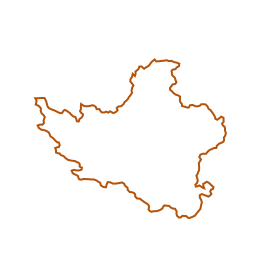 Guaçuí, Espírito Santo, Brazil, rotated 104°
{"feature_id": "56859067B34703696458597", "entity_name": "Guaçuí", "entity_type": "district", "adm_level": 2, "iso_a3": "BRA", "parent_name": "Brazil", "parent_adm1": "Espírito Santo", "projection": "mercator", "projection_center": [-41.708, -20.791], "detail": "fine", "context": "isolated", "style": "outline", "palette": "amber", "viewbox_px": 256, "rotation_deg": 104, "n_neighbors": 0, "source": "geoboundaries", "source_scale": "gbopen_adm2", "svg_char_len": 3854}
<svg xmlns="http://www.w3.org/2000/svg" viewBox="0 0 256 256"><g transform="rotate(104 128 128)"><path d="M200.4,46.4L198.4,43.7L196.7,41.7L194.7,41.0L192.1,39.7L189.0,38.2L186.5,38.3L184.5,38.4L182.4,38.3L180.1,39.6L178.1,41.5L175.8,42.1L174.2,40.3L174.7,37.4L174.7,35.6L175.2,33.5L173.5,32.0L171.9,31.1L169.7,32.9L167.7,32.5L166.6,30.8L164.6,30.8L163.4,33.2L161.7,36.0L161.1,38.6L162.8,40.1L164.0,41.5L165.9,40.9L168.1,39.4L167.9,41.3L167.1,43.1L166.5,45.0L167.7,46.3L168.4,48.1L166.7,48.9L164.8,47.8L162.4,47.5L159.4,49.0L157.7,50.1L155.3,49.3L153.5,49.2L151.7,48.8L149.2,49.4L146.7,50.1L145.2,50.8L143.2,50.3L141.0,49.5L138.9,51.8L136.3,51.3L134.6,48.5L134.2,46.1L131.1,44.6L129.3,43.2L128.2,41.5L126.7,39.9L126.0,37.5L123.7,37.5L121.3,35.9L119.5,33.5L118.1,32.0L116.1,31.9L114.3,32.7L111.9,31.8L109.3,31.8L107.1,33.2L104.9,33.8L103.3,34.7L102.7,36.4L101.1,37.8L98.7,36.7L96.8,37.3L95.0,37.8L94.4,40.3L96.3,41.6L98.4,43.4L98.0,45.3L95.5,46.8L92.9,49.6L90.7,52.2L89.9,54.5L87.8,56.1L86.4,58.3L86.7,60.9L87.3,62.7L89.0,63.7L90.1,65.6L90.6,67.7L90.0,70.9L90.9,73.3L93.5,74.0L93.8,75.9L93.6,78.4L93.6,80.9L91.7,81.5L90.7,83.0L89.2,84.2L86.7,84.7L84.9,85.2L84.2,87.3L84.1,89.7L83.0,92.5L81.5,94.6L80.7,96.5L78.9,96.9L76.8,96.0L74.9,95.2L73.8,92.8L72.0,92.1L69.8,93.6L67.8,94.8L66.9,96.7L65.6,98.3L64.0,98.7L62.0,99.6L60.3,98.4L59.6,96.4L57.4,95.3L55.6,93.5L53.2,93.8L52.8,96.4L52.9,99.1L52.4,102.2L53.2,104.8L52.9,106.7L53.9,109.2L54.9,111.9L55.9,114.5L56.5,116.9L55.1,118.7L57.1,120.3L58.7,121.3L60.7,122.1L62.9,123.1L64.8,125.2L66.6,126.7L65.0,129.9L65.7,131.9L67.8,132.0L69.5,132.9L71.4,134.4L73.8,133.7L75.9,133.9L74.3,136.5L77.5,136.5L80.3,137.4L82.3,137.0L83.8,134.9L85.4,133.0L87.8,133.7L90.8,133.6L93.1,132.6L95.6,133.5L97.8,134.6L99.8,135.1L101.8,136.1L103.6,137.6L105.5,137.9L108.3,139.7L109.5,142.5L111.4,143.8L113.3,142.3L115.6,143.8L117.1,145.9L116.1,149.5L117.9,150.9L117.4,153.0L118.8,155.0L119.2,157.4L118.1,158.9L116.6,160.4L117.3,163.0L115.5,164.2L114.6,166.1L114.5,168.0L116.0,170.7L117.0,173.4L117.3,176.1L116.1,179.3L118.6,178.9L121.2,178.2L123.1,178.7L124.6,177.2L125.6,175.0L127.5,174.9L129.1,175.5L131.0,177.2L133.6,177.4L133.8,179.3L131.5,180.5L130.0,181.8L130.1,183.7L128.8,186.4L127.5,188.1L126.8,190.0L126.0,191.9L125.8,194.0L127.5,195.0L129.3,195.5L130.0,197.3L129.7,199.4L129.3,201.3L128.8,203.3L128.6,205.6L127.9,209.5L126.4,211.4L124.1,212.6L121.8,213.9L119.1,216.3L119.9,219.5L120.9,222.5L121.6,225.2L123.5,223.3L125.6,223.2L127.6,223.2L128.1,220.1L129.0,218.5L130.2,217.2L132.4,216.9L134.7,215.4L135.8,213.2L137.6,211.3L139.8,211.7L141.7,211.6L143.4,210.7L145.5,211.8L145.9,214.1L147.4,216.3L149.5,214.5L150.6,211.8L150.4,209.4L150.5,206.9L151.5,203.7L153.1,202.5L154.8,201.3L156.2,197.8L157.9,195.3L159.0,193.3L158.8,191.5L161.1,190.1L163.2,190.5L163.9,192.1L165.1,193.8L166.9,192.5L169.2,191.9L169.5,189.9L169.2,188.1L170.5,186.7L170.8,183.7L172.3,181.4L173.4,178.7L173.4,175.6L173.2,173.7L172.9,171.6L173.5,169.5L173.6,167.6L174.9,166.0L177.1,165.6L177.7,163.1L179.7,163.0L181.1,165.4L181.6,167.6L181.7,170.4L183.0,172.4L185.4,170.5L186.0,167.4L186.7,164.8L188.3,164.1L189.6,162.9L189.4,160.6L188.3,159.1L187.7,156.3L187.1,153.2L186.7,150.9L186.2,148.6L186.5,146.0L187.3,143.8L187.9,141.7L190.2,140.5L191.2,137.7L190.8,135.0L188.0,135.1L185.4,134.6L185.0,132.0L185.6,129.4L185.1,127.0L183.8,123.7L182.3,120.7L183.1,118.1L184.6,117.1L186.1,114.0L188.1,113.3L189.7,110.9L189.4,108.9L189.5,106.7L190.5,105.1L192.6,104.5L194.2,102.2L193.7,99.4L194.8,97.0L195.9,94.3L196.6,92.1L197.4,89.9L198.8,88.6L202.1,88.3L203.3,86.7L203.6,84.7L202.6,83.2L201.9,80.6L200.3,77.6L197.9,75.2L196.1,74.9L194.3,74.0L194.1,71.9L193.6,69.5L194.8,67.2L195.3,65.2L195.0,62.8L197.2,60.6L199.4,60.3L201.3,59.2L202.6,56.6L201.8,55.0L200.1,54.0L199.7,51.9L199.4,50.0L200.5,48.5L200.4,46.4Z" fill="none" stroke="#b45309" stroke-width="2"/></g></svg>